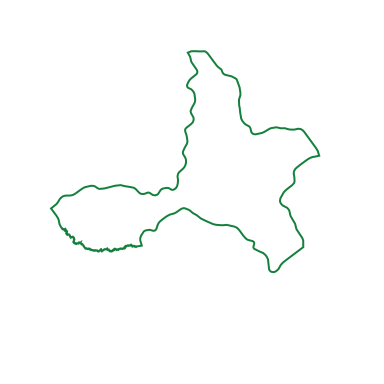 outline of Rio San Juan, María Trinidad Sánchez, Dominican Republic, rotated 233°
{"feature_id": "3306468B8616193891808", "entity_name": "Rio San Juan", "entity_type": "district", "adm_level": 2, "iso_a3": "DOM", "parent_name": "Dominican Republic", "parent_adm1": "María Trinidad Sánchez", "projection": "robinson", "projection_center": [-70.066, 19.564], "detail": "fine", "context": "isolated", "style": "outline", "palette": "green", "viewbox_px": 384, "rotation_deg": 233, "n_neighbors": 0, "source": "geoboundaries", "source_scale": "gbopen_adm2", "svg_char_len": 5851}
<svg xmlns="http://www.w3.org/2000/svg" viewBox="0 0 384 384"><g transform="rotate(233 192 192)"><path d="M144.4,315.4L149.3,317.2L152.9,317.5L172.8,317.8L174.9,317.5L176.8,316.7L178.6,314.9L180.3,311.2L182.0,308.9L184.0,306.8L187.0,304.6L189.5,301.2L192.2,299.0L193.0,298.1L195.1,294.2L195.8,292.3L196.5,285.7L197.0,283.6L199.7,277.6L201.0,276.2L202.1,275.6L203.3,275.4L204.6,275.6L207.1,276.8L208.8,277.2L210.1,277.1L213.3,275.6L215.3,275.1L218.7,275.0L221.3,275.6L227.0,278.6L230.2,280.6L232.6,281.7L236.7,284.5L237.6,285.2L240.0,288.7L242.0,290.3L247.0,293.0L255.2,295.5L256.8,295.0L260.7,293.1L265.5,289.1L267.3,288.3L269.1,288.3L272.1,289.2L275.8,288.1L277.9,287.8L292.9,287.9L294.9,287.6L296.1,287.2L297.1,286.4L299.3,283.2L302.7,279.1L304.9,276.0L305.8,272.5L301.1,271.9L297.1,270.1L295.7,269.7L287.4,269.4L286.1,269.2L284.8,268.7L283.9,267.7L283.4,266.4L283.2,259.5L282.8,257.2L281.8,254.8L280.3,252.3L279.3,251.7L278.2,251.5L277.1,251.8L274.7,253.1L273.4,253.4L270.8,253.5L268.9,253.0L263.9,250.2L262.5,248.9L261.4,247.3L259.5,243.0L258.0,240.3L257.2,239.4L255.6,238.7L250.6,238.0L248.9,237.0L247.7,235.5L247.1,234.2L246.8,231.9L246.7,226.5L246.5,225.1L245.9,224.0L244.4,223.0L240.9,221.9L236.4,219.6L234.8,218.5L233.6,217.0L231.7,212.7L229.9,209.4L229.1,208.5L227.5,207.7L223.7,207.3L221.8,206.8L220.6,206.1L218.9,204.7L217.5,203.0L216.5,201.0L216.0,198.8L215.6,193.8L214.9,191.8L213.3,189.9L209.9,188.0L207.7,186.1L205.8,183.9L204.9,181.9L204.7,179.8L205.2,178.0L206.0,177.1L209.4,175.6L210.5,174.3L212.2,171.0L212.5,169.7L212.5,168.3L210.8,163.6L210.9,162.2L211.6,160.4L213.4,158.8L216.7,157.7L217.6,157.1L218.2,156.1L219.1,153.1L219.6,152.0L221.3,150.1L223.1,149.4L228.4,148.8L230.3,148.1L232.6,146.2L237.5,141.5L240.4,139.2L243.3,134.3L247.5,124.3L250.1,120.0L251.5,119.0L254.3,118.1L255.4,117.6L256.8,116.3L257.6,115.3L259.8,110.5L260.5,108.5L260.8,105.3L260.9,98.2L261.3,95.1L262.2,93.1L265.5,88.4L266.2,86.3L266.3,84.9L266.1,82.7L264.4,78.4L263.9,76.3L263.7,69.5L255.2,69.5L251.8,69.2L249.9,68.7L245.9,66.8L243.1,66.3L240.8,66.2L240.8,66.5L240.0,66.5L240.0,66.8L239.5,67.1L239.5,67.4L238.9,67.7L238.9,68.6L238.2,68.6L238.2,68.3L237.9,68.3L237.9,67.4L237.6,67.4L237.6,67.1L236.6,67.4L236.6,67.7L236.3,67.7L236.3,68.3L235.8,68.6L235.5,68.0L235.3,68.0L235.0,67.4L234.7,67.4L234.7,66.8L234.5,66.5L233.4,66.5L233.4,66.8L232.9,66.8L232.9,67.4L232.6,67.4L232.4,67.9L231.6,68.0L231.6,68.3L231.1,68.3L231.1,68.0L229.5,68.0L229.5,67.7L228.4,67.7L228.4,69.2L228.2,69.2L227.9,69.8L227.4,69.8L227.4,70.1L226.1,70.1L225.8,69.5L225.0,69.5L224.8,68.9L224.5,68.9L224.2,68.3L224.0,68.0L223.7,68.0L223.7,67.4L223.5,67.1L222.4,67.1L222.4,67.4L221.6,67.4L221.4,68.0L220.8,68.0L220.8,68.3L220.3,68.3L220.3,68.6L220.0,68.6L220.0,69.8L219.5,70.1L219.5,70.7L219.2,70.7L219.5,71.3L219.2,71.3L219.2,71.9L218.7,72.2L218.7,72.5L218.5,72.2L217.4,72.2L217.4,72.5L216.6,72.5L216.6,72.8L216.1,72.8L216.1,73.1L213.7,73.1L213.7,72.8L211.1,72.8L211.1,73.1L210.8,73.1L210.6,73.7L210.3,73.7L210.3,74.0L209.3,74.3L209.3,74.9L209.0,74.9L209.0,75.2L208.5,75.5L208.5,75.8L208.0,75.8L208.0,76.1L207.2,76.1L207.2,76.4L206.6,76.4L206.4,77.0L205.9,77.0L205.6,77.6L205.1,77.6L204.8,78.3L204.5,78.3L204.5,78.6L204.0,78.6L204.0,78.9L203.5,79.2L203.5,79.8L203.2,79.8L203.0,80.4L202.7,80.4L202.4,81.0L201.9,81.0L201.9,81.3L201.1,81.3L200.9,81.9L200.6,81.9L200.6,83.7L201.1,84.0L201.1,84.6L200.9,84.6L200.9,84.9L199.8,84.6L199.8,84.3L198.8,84.3L198.8,84.9L199.0,84.9L199.0,87.0L198.8,87.0L198.8,87.9L198.5,87.9L198.2,88.5L197.7,88.8L197.7,89.1L198.0,89.1L198.0,90.3L196.9,90.3L196.9,90.0L196.4,90.0L196.4,90.3L196.1,90.3L195.9,91.0L195.4,91.0L195.4,90.6L194.6,90.6L194.6,91.0L194.0,91.0L193.8,91.6L193.3,91.6L193.3,92.2L193.0,92.2L193.0,92.8L192.7,92.8L192.7,93.7L192.5,94.3L193.3,94.3L193.3,95.5L193.0,95.5L193.0,96.1L192.7,96.1L192.5,96.7L191.4,96.7L191.4,97.0L191.1,97.0L191.1,97.6L190.9,97.6L190.6,98.2L190.4,98.2L190.4,98.5L190.1,98.5L190.1,99.4L190.4,99.4L190.1,100.6L189.8,100.6L189.6,101.2L189.3,101.2L189.3,101.5L188.8,101.8L188.8,102.1L188.5,102.1L188.3,103.4L188.0,103.4L188.0,103.7L187.5,104.0L187.5,104.3L187.5,104.9L187.7,105.2L188.5,105.2L188.5,105.8L188.8,105.8L188.8,106.7L188.5,106.7L188.3,107.3L188.0,107.3L188.0,108.5L187.7,108.5L187.5,109.1L187.2,109.1L187.2,109.7L186.7,110.0L186.7,110.3L186.4,110.3L186.4,110.9L186.7,110.9L186.7,111.2L186.4,111.2L186.4,111.5L185.9,111.5L185.9,111.8L185.1,111.8L185.1,111.5L184.6,111.5L184.6,111.8L184.3,111.8L184.3,112.4L184.1,112.4L184.1,112.7L183.5,113.0L183.5,113.3L183.3,113.3L183.3,113.6L182.7,113.6L182.5,114.2L182.0,114.2L182.0,114.5L181.7,114.5L181.7,115.2L179.4,119.6L184.2,121.4L186.3,122.9L187.8,125.1L189.5,129.8L189.3,131.6L187.7,134.8L187.0,135.7L184.4,137.6L183.8,138.5L183.5,139.7L184.0,141.5L186.4,144.8L187.3,146.7L187.8,149.0L187.9,152.2L187.9,156.3L187.5,159.4L187.2,160.9L185.5,165.2L185.2,167.6L185.0,173.0L184.7,174.4L184.1,175.6L183.3,176.5L179.7,178.7L177.9,179.3L174.7,180.0L170.7,181.8L165.6,183.1L159.9,186.0L153.7,189.5L151.4,191.4L148.8,194.3L146.9,196.6L144.9,199.9L138.8,205.1L136.3,206.4L133.5,206.8L125.5,206.7L121.9,207.1L120.0,207.9L116.4,210.8L114.8,211.3L113.8,211.0L113.0,210.3L111.2,207.9L110.2,207.5L109.1,207.5L103.7,210.2L100.5,212.1L97.1,212.8L94.4,212.6L92.4,212.1L84.8,207.6L83.7,207.0L82.5,206.8L81.2,207.0L80.1,207.7L79.2,208.6L78.5,209.8L78.2,211.2L78.2,212.6L78.4,214.7L80.3,219.0L80.9,222.0L81.0,226.0L81.0,247.7L86.3,251.6L88.9,252.4L99.0,253.0L100.4,253.4L104.4,255.2L113.1,256.2L114.4,256.6L117.8,258.2L119.0,258.6L121.0,258.6L122.3,258.4L126.2,256.5L128.1,256.1L129.4,256.1L130.7,256.3L131.9,256.9L133.7,258.7L136.4,264.8L136.8,266.2L137.1,269.3L137.2,276.4L137.8,279.1L139.0,280.5L142.5,282.8L145.3,284.2L146.3,285.0L147.5,286.5L148.3,288.6L148.5,291.0L148.6,294.2L148.5,303.3L148.2,306.5L147.6,308.7L144.4,315.4Z" fill="none" stroke="#15803d" stroke-width="2"/></g></svg>